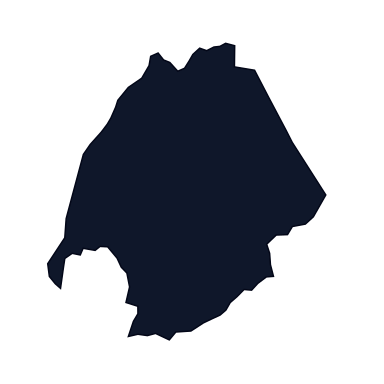 Doutor Severiano, Rio Grande do Norte, Brazil (Natural Earth projection), rotated 188°
{"feature_id": "56859067B85675628272151", "entity_name": "Doutor Severiano", "entity_type": "district", "adm_level": 2, "iso_a3": "BRA", "parent_name": "Brazil", "parent_adm1": "Rio Grande do Norte", "projection": "natural_earth1", "projection_center": [-38.397, -6.115], "detail": "fine", "context": "isolated", "style": "filled", "palette": "ink", "viewbox_px": 384, "rotation_deg": 188, "n_neighbors": 0, "source": "geoboundaries", "source_scale": "gbopen_adm2", "svg_char_len": 1112}
<svg xmlns="http://www.w3.org/2000/svg" viewBox="0 0 384 384"><g transform="rotate(188 192 192)"><path d="M188.5,51.1L173.7,54.2L162.6,63.9L154.6,69.2L147.0,74.1L142.0,79.8L138.8,87.8L132.9,94.6L126.9,102.7L119.3,103.1L114.1,110.7L106.5,118.3L99.6,119.8L104.2,130.9L106.6,142.1L110.8,150.7L102.6,161.1L91.5,163.1L87.8,171.8L75.3,176.0L68.4,184.3L59.1,207.7L74.5,225.7L99.6,255.0L107.3,266.0L111.5,271.8L129.2,296.3L147.0,321.3L167.4,321.8L170.1,342.8L179.4,343.9L184.6,340.1L190.5,338.6L197.1,334.0L204.4,335.5L210.3,328.3L213.0,321.5L216.6,313.5L222.9,309.6L232.0,317.2L238.5,318.8L244.9,324.9L251.8,320.6L252.1,311.2L257.6,297.7L269.6,286.7L278.2,272.5L279.4,265.4L282.6,254.0L285.3,247.4L290.2,238.6L299.4,224.9L304.8,214.1L312.9,148.2L311.6,129.0L324.9,100.9L321.5,88.5L314.6,82.1L308.8,78.3L308.8,99.6L308.7,108.5L302.1,114.6L293.9,114.1L292.0,121.1L279.8,120.7L275.5,125.3L267.9,126.0L257.0,116.1L251.5,107.6L245.2,102.7L240.6,89.3L242.0,73.4L229.7,71.3L228.6,63.9L232.0,55.8L234.9,40.1L225.8,43.6L216.2,43.6L208.4,46.9L193.9,42.4L188.5,51.1Z" fill="#0f172a" stroke="#020617" stroke-width="1.5"/></g></svg>